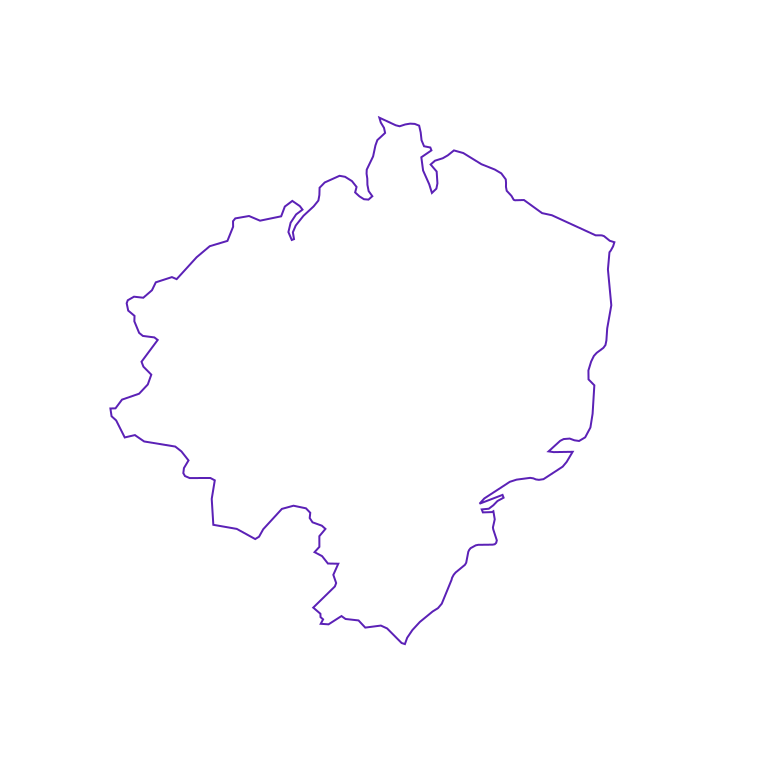 outline of Cumbria, rotated 159°
{"feature_id": "GBR-2139", "entity_name": "Cumbria", "entity_type": "Administrative County", "adm_level": 1, "iso_a3": "GBR", "parent_name": "United Kingdom", "parent_adm1": "", "projection": "equal_earth", "projection_center": [-2.905, 54.627], "detail": "fine", "context": "isolated", "style": "outline", "palette": "violet", "viewbox_px": 768, "rotation_deg": 159, "n_neighbors": 0, "source": "natural_earth", "source_scale": "10m", "svg_char_len": 2998}
<svg xmlns="http://www.w3.org/2000/svg" viewBox="0 0 768 768"><g transform="rotate(159 384 384)"><path d="M398.9,168.7L408.8,158.2L413.9,155.4L420.1,154.2L435.8,149.0L445.7,144.1L453.3,138.8L457.7,133.7L460.4,135.9L468.7,154.7L473.5,159.6L488.8,163.3L492.5,172.4L504.1,178.4L506.9,182.6L521.9,179.5L529.0,182.8L525.2,186.1L526.8,189.1L525.7,192.3L530.2,200.6L502.4,212.6L500.0,215.3L499.7,224.0L491.1,232.6L500.7,236.5L503.5,245.5L509.1,251.9L502.7,255.1L498.9,265.1L490.6,269.7L492.8,274.0L500.3,280.5L501.4,285.5L499.0,290.2L501.4,295.9L512.1,302.8L524.1,304.0L548.8,291.7L555.4,286.2L559.8,285.4L573.4,301.5L593.8,313.7L586.0,338.5L576.5,354.7L579.8,358.5L599.1,365.8L602.8,369.4L603.3,372.7L600.9,377.2L593.9,382.7L597.3,393.7L601.3,400.4L628.5,416.3L634.9,425.6L645.2,427.0L647.1,446.0L649.9,451.5L648.2,459.2L643.4,457.5L634.2,463.3L616.1,462.7L604.7,468.2L597.9,476.1L602.4,486.4L602.4,491.7L579.5,506.2L581.7,509.8L591.9,515.3L594.3,519.5L594.6,532.0L592.5,537.0L596.5,544.2L595.3,551.6L593.2,554.0L586.1,555.1L577.8,550.8L567.0,554.7L560.6,560.7L543.7,559.8L540.0,556.2L513.5,569.5L497.3,575.1L478.9,573.7L468.5,584.9L466.6,590.1L463.5,591.9L449.8,589.2L441.2,580.9L419.9,577.4L413.0,585.2L404.6,587.6L404.0,587.8L398.8,580.2L397.6,576.0L405.3,573.8L413.4,568.0L418.8,560.1L418.5,551.5L416.1,551.5L414.7,558.3L409.6,563.6L398.9,569.9L386.1,575.0L379.5,578.8L376.6,583.6L373.8,590.3L367.1,593.4L350.9,594.3L346.1,591.4L341.2,584.9L339.0,577.8L342.3,573.2L339.7,568.0L336.5,563.7L332.4,561.7L327.6,563.5L329.2,569.6L328.1,575.9L326.0,581.7L324.9,586.6L323.3,590.3L312.6,600.4L306.5,609.8L302.8,614.1L293.0,618.0L292.2,623.1L293.3,629.2L292.9,634.3L280.3,621.3L277.0,619.0L271.2,618.7L266.3,617.7L262.1,615.8L258.6,612.6L259.6,605.7L261.6,598.1L261.4,591.6L256.0,588.2L256.0,585.1L267.9,582.3L271.0,569.3L270.2,554.2L270.8,545.2L265.1,547.6L262.2,552.2L258.7,563.5L261.8,572.2L256.4,574.2L248.2,573.7L242.5,574.6L235.0,577.0L227.2,571.2L214.3,554.3L203.7,544.5L199.0,538.6L197.0,531.4L198.0,528.0L199.5,524.3L200.2,520.4L197.6,514.0L196.9,509.5L195.9,508.6L187.4,505.6L175.2,486.9L166.8,481.4L133.2,447.0L127.4,444.7L125.6,443.2L121.9,436.8L118.1,433.8L120.8,430.4L124.6,427.2L126.3,426.2L133.9,410.7L143.6,376.0L155.7,355.9L160.8,344.9L163.3,341.0L166.3,339.1L174.2,336.9L178.0,335.0L182.6,330.7L188.3,323.4L191.4,315.0L188.1,307.4L199.9,281.5L206.9,269.4L215.3,262.1L222.3,260.9L226.4,263.2L230.2,266.5L236.0,268.2L239.9,267.8L254.5,262.1L250.0,259.6L232.2,253.1L241.4,245.8L246.8,242.8L269.2,238.0L273.7,239.0L276.4,240.5L278.4,242.4L281.2,244.0L294.5,247.2L301.6,247.6L331.4,241.2L337.7,238.0L313.1,238.0L313.1,235.0L320.0,234.1L325.4,231.6L330.9,230.0L337.7,231.9L337.7,228.7L329.0,225.7L327.5,226.0L329.1,218.0L333.7,211.1L334.1,209.2L334.7,197.6L336.2,195.5L338.1,194.7L340.2,195.1L353.7,200.1L356.2,200.5L362.0,199.7L363.9,198.6L365.4,197.2L371.3,187.7L373.2,186.2L384.6,182.4L387.2,181.0L389.9,178.7L391.1,177.0L398.9,168.7Z" fill="none" stroke="#5b21b6" stroke-width="2"/></g></svg>